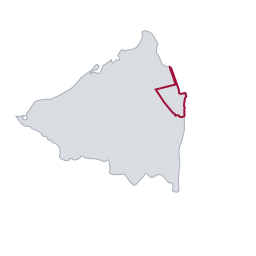 Rivas highlighted on a map of Nicaragua, rotated 230°
{"feature_id": "NIC-24", "entity_name": "Rivas", "entity_type": "Department", "adm_level": 1, "iso_a3": "NIC", "parent_name": "Nicaragua", "parent_adm1": "", "projection": "albers", "projection_center": [-85.754, 11.311], "detail": "fine", "context": "in_parent", "style": "outline", "palette": "rose", "viewbox_px": 256, "rotation_deg": 230, "n_neighbors": 0, "source": "natural_earth", "source_scale": "10m", "svg_char_len": 2972}
<svg xmlns="http://www.w3.org/2000/svg" viewBox="0 0 256 256"><g transform="rotate(230 128 128)"><path d="M208.9,49.6L207.9,51.0L206.8,51.9L204.5,56.3L203.8,56.7L203.6,53.4L202.2,53.0L200.6,54.2L199.8,55.9L201.2,58.0L202.4,58.1L203.9,58.6L208.0,73.7L207.2,76.4L204.7,80.6L202.4,84.2L200.1,86.4L197.2,95.9L194.7,111.4L196.7,125.3L195.8,138.1L196.7,141.1L197.0,144.9L195.0,145.6L193.9,145.5L192.8,143.2L192.9,141.1L194.0,138.7L194.5,135.5L193.9,133.8L192.8,137.5L190.8,139.2L189.4,139.7L188.2,141.6L189.6,145.1L191.3,147.7L191.9,149.5L191.3,151.7L191.0,159.2L190.3,159.0L189.7,158.0L187.8,158.0L187.6,161.0L187.8,162.7L186.2,164.0L185.6,165.3L186.9,166.2L188.4,166.7L190.1,166.6L191.6,170.3L192.1,173.3L188.7,176.2L187.6,178.5L185.7,181.3L184.7,184.0L184.4,186.0L185.7,192.3L188.1,196.7L190.0,199.5L192.6,200.1L192.0,203.1L190.1,205.0L186.5,206.6L182.6,206.9L176.2,205.4L173.6,205.3L172.6,204.5L172.2,203.0L170.4,200.8L167.0,197.9L165.1,198.1L161.9,197.5L156.7,195.6L154.2,195.3L150.8,197.0L146.7,199.3L136.9,195.8L130.1,193.4L123.9,191.2L122.2,190.3L120.9,190.5L119.7,191.7L118.4,193.7L118.0,194.3L117.2,194.9L116.4,195.0L116.4,194.0L113.4,190.0L108.6,185.1L90.3,170.0L83.5,161.0L79.9,154.6L76.5,151.2L66.7,144.3L64.4,141.5L54.7,132.3L47.2,126.8L47.1,124.5L50.2,121.7L51.7,121.8L53.3,123.9L56.0,126.2L57.2,126.3L59.1,125.2L59.1,124.1L69.1,123.7L70.9,123.1L72.7,121.4L73.7,119.1L73.8,116.8L74.2,115.2L75.8,113.6L78.8,113.1L81.0,112.9L81.7,111.9L81.0,108.4L79.8,100.0L79.6,97.7L80.0,95.9L80.9,95.3L85.4,94.9L93.7,95.6L95.4,95.1L98.7,90.3L101.8,86.8L104.1,85.2L105.8,84.8L107.9,87.9L114.9,92.3L116.1,92.1L116.8,91.8L117.0,91.2L116.9,89.1L118.7,87.3L122.3,85.6L126.0,82.6L129.7,78.4L132.9,75.8L135.6,75.1L136.7,73.9L136.0,72.4L136.2,70.1L137.3,67.2L138.9,65.6L140.9,65.1L141.8,64.2L141.3,62.8L141.7,61.3L143.6,58.8L148.0,56.7L150.6,57.4L152.7,60.3L155.7,62.2L159.6,63.2L162.6,62.8L164.7,61.0L166.7,60.5L168.4,61.1L169.3,60.7L169.4,59.3L170.3,58.9L171.9,59.7L173.4,59.9L174.7,59.5L175.2,58.8L175.5,58.0L176.5,57.5L179.8,58.0L183.5,57.1L187.7,54.8L190.4,53.8L191.8,54.0L193.4,52.9L195.3,50.3L199.7,49.1L208.9,49.6Z" fill="#d9dde1" stroke="#a8b0b8" stroke-width="1"/><path d="M134.8,195.3L133.5,194.9L128.6,193.0L125.0,191.7L123.8,191.0L122.8,190.1L121.7,189.6L120.5,190.1L119.5,191.4L118.9,192.9L118.0,194.3L116.2,193.6L115.5,193.4L114.9,193.2L114.7,192.5L114.3,191.2L113.7,190.2L109.8,185.8L109.5,185.6L109.3,185.5L108.8,185.1L108.6,185.0L107.4,184.6L106.8,184.1L105.6,182.6L104.6,182.1L103.4,180.8L101.8,179.9L101.3,179.4L101.2,179.1L100.9,178.1L101.9,176.2L102.1,175.7L102.3,175.6L103.5,174.8L104.4,175.0L104.6,174.9L104.8,174.8L105.8,174.3L105.9,174.2L106.3,173.6L106.9,172.3L107.0,172.2L107.4,172.2L107.6,172.3L107.7,172.5L108.1,172.8L109.8,172.5L111.0,172.1L124.4,172.2L139.7,174.0L131.0,191.9L132.5,193.2L135.8,194.4L137.5,195.2L142.4,197.0L145.5,198.0L147.6,199.2L146.7,199.5L145.9,199.4L140.0,197.3L134.8,195.3Z" fill="none" stroke="#9f1239" stroke-width="2"/></g></svg>